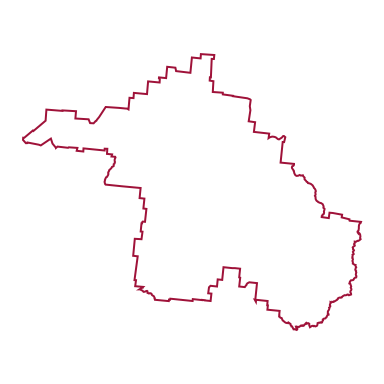 Barcaldine, Queensland, Australia
{"feature_id": "25037944B32668450975374", "entity_name": "Barcaldine", "entity_type": "district", "adm_level": 2, "iso_a3": "AUS", "parent_name": "Australia", "parent_adm1": "Queensland", "projection": "albers", "projection_center": [146.199, -23.052], "detail": "fine", "context": "isolated", "style": "outline", "palette": "rose", "viewbox_px": 384, "rotation_deg": 0, "n_neighbors": 0, "source": "geoboundaries", "source_scale": "gbopen_adm2", "svg_char_len": 6048}
<svg xmlns="http://www.w3.org/2000/svg" viewBox="0 0 384 384"><path d="M25.9,143.2L27.4,143.1L27.5,142.5L38.8,144.7L40.8,145.4L50.9,138.6L52.5,143.6L55.8,147.6L55.9,148.0L57.5,146.6L68.1,147.8L68.8,147.3L77.4,147.9L76.7,150.8L83.3,151.5L83.5,148.4L104.6,150.5L104.7,148.7L107.3,148.8L107.0,153.9L112.1,154.4L111.5,156.5L115.2,156.8L115.5,157.6L115.0,158.5L114.6,159.9L114.7,161.2L115.0,162.0L114.7,162.5L114.7,163.0L114.5,163.6L113.7,164.2L113.7,166.0L113.0,166.5L112.0,166.9L111.3,168.2L109.1,170.3L109.1,170.9L108.2,172.4L108.4,173.1L108.2,173.5L108.3,174.6L107.0,176.9L106.1,177.3L105.3,178.9L105.1,179.8L104.9,180.0L104.9,181.0L104.6,181.5L104.7,182.8L105.0,183.3L105.1,184.0L105.6,184.6L122.2,186.3L140.6,188.0L139.6,198.1L144.4,198.6L143.4,208.5L146.4,208.9L145.0,221.8L142.7,221.6L142.2,222.2L142.1,223.3L141.5,223.3L140.7,231.5L142.5,231.7L141.5,239.2L134.8,238.8L133.2,255.8L137.7,256.3L134.5,280.1L136.0,280.2L135.2,286.2L143.2,286.9L142.9,287.2L142.8,287.7L141.8,287.9L139.4,289.4L140.4,289.4L141.2,290.1L142.5,290.6L143.4,291.7L143.8,291.9L145.4,291.5L146.1,291.1L147.0,290.9L147.4,291.2L147.4,291.9L147.6,292.2L147.5,292.9L148.9,293.5L149.3,293.2L150.8,293.5L150.9,293.4L151.7,294.1L151.9,294.9L152.2,295.2L153.9,296.3L154.4,297.4L154.5,298.4L154.8,298.4L155.0,299.8L168.8,301.1L169.0,299.6L170.1,299.7L170.3,298.7L192.6,301.0L192.8,299.1L202.1,300.1L202.1,299.9L204.8,300.2L204.8,300.4L210.6,301.0L211.4,293.6L208.2,293.3L209.0,287.3L210.5,285.8L217.0,286.5L217.7,279.4L222.2,279.9L223.5,267.2L232.0,268.1L234.6,268.1L240.1,268.7L239.2,277.4L240.2,277.7L239.2,286.5L244.8,287.1L245.9,285.5L246.4,285.1L246.6,284.3L247.4,283.3L249.3,282.3L257.0,283.1L255.3,299.7L254.7,299.6L255.9,301.8L256.1,299.8L267.6,301.0L267.2,305.3L267.9,305.4L267.4,309.7L279.6,310.9L279.2,315.0L279.4,315.2L279.1,316.4L279.2,316.7L279.9,317.1L280.5,317.8L281.6,318.0L282.7,320.5L283.3,320.8L284.5,321.9L285.6,322.7L287.1,323.1L288.4,322.4L288.6,322.6L288.7,323.2L289.4,323.2L289.6,323.5L290.4,323.8L290.7,325.2L291.3,325.7L291.4,326.4L292.1,326.5L292.3,326.8L293.2,328.7L293.8,329.0L293.8,329.3L294.9,329.3L295.1,329.2L296.3,329.9L296.8,329.4L297.2,329.5L297.4,328.9L297.0,328.0L296.7,327.9L296.7,327.7L296.0,327.0L295.9,326.6L296.6,326.5L297.9,327.1L299.1,326.7L299.4,326.8L300.7,325.7L301.0,325.9L301.8,325.9L301.5,325.5L302.1,325.3L303.0,325.4L303.3,325.8L303.7,325.7L304.0,325.5L304.6,324.4L305.7,324.1L305.7,323.4L306.3,322.8L307.1,323.5L307.4,323.2L308.5,323.2L309.3,323.9L309.2,325.1L310.0,327.2L311.6,326.1L312.7,325.8L313.7,326.2L313.9,325.9L314.3,325.9L315.5,326.4L316.8,325.9L317.4,324.9L317.6,323.1L319.1,322.6L319.5,322.8L320.0,322.7L320.3,322.4L320.6,322.3L321.2,322.7L322.1,322.4L322.2,321.5L323.1,320.3L323.2,319.5L323.0,319.3L324.0,318.6L325.4,318.4L326.0,317.6L326.5,317.3L326.6,316.8L327.5,315.1L328.6,314.7L328.5,314.0L327.8,313.5L327.9,311.3L328.8,310.0L329.4,308.6L329.1,307.6L329.8,307.1L330.3,306.4L330.2,305.6L329.9,305.4L329.9,304.5L330.5,303.2L330.5,302.1L331.3,302.5L332.0,302.1L332.1,301.8L333.0,302.0L333.6,301.9L334.0,301.3L334.5,301.4L337.1,299.8L337.1,299.6L337.9,299.0L337.9,298.4L339.1,297.7L340.1,297.5L340.4,297.7L341.2,297.6L341.6,297.2L341.8,297.3L342.6,296.3L344.5,295.2L345.5,295.3L346.5,295.1L347.3,294.5L348.0,294.5L348.6,295.2L349.1,295.2L351.1,294.5L351.0,293.3L350.6,292.9L350.3,292.0L350.5,291.0L351.1,290.3L351.4,289.6L351.3,288.7L350.7,287.7L351.2,286.5L350.3,283.8L349.4,283.6L349.3,283.3L349.8,282.8L349.9,281.6L350.2,281.4L350.8,280.4L353.0,280.1L353.7,279.5L353.9,278.7L355.2,277.6L355.8,277.4L356.2,277.4L356.4,276.5L356.4,276.0L356.0,275.3L355.8,274.3L356.3,272.4L355.9,271.7L356.1,271.0L355.4,270.1L355.3,269.4L355.6,268.9L355.6,268.1L356.2,267.3L355.3,265.4L355.5,265.0L354.5,264.7L352.8,263.6L352.9,262.2L352.4,260.9L352.9,259.7L352.9,259.0L352.3,258.1L352.3,257.6L352.6,257.2L352.4,256.7L352.7,255.5L352.5,254.8L353.7,254.0L352.9,251.9L354.0,250.4L353.9,250.1L353.2,249.6L353.0,249.1L353.1,248.6L352.7,247.4L353.4,246.6L354.7,245.8L354.8,245.3L354.0,244.1L354.1,243.9L354.7,243.3L354.7,241.6L355.9,241.8L357.5,240.8L358.2,240.9L359.5,240.2L360.6,239.1L360.2,238.7L360.1,237.9L360.4,236.7L360.2,234.8L359.7,233.6L359.0,233.0L358.9,232.9L358.5,233.6L357.7,232.5L357.5,231.8L357.6,231.4L358.5,230.5L358.9,228.0L358.8,227.2L359.0,225.1L359.8,223.4L360.6,223.0L361.0,221.9L349.6,220.7L349.3,219.9L349.4,219.3L341.7,217.4L342.1,214.7L332.8,213.0L329.5,212.7L328.8,218.1L321.7,217.1L321.8,216.0L322.4,215.6L322.6,214.6L323.6,214.2L323.9,213.5L324.1,212.8L323.9,211.6L324.5,209.4L324.5,208.7L323.4,207.8L323.6,206.3L322.7,204.2L321.1,203.1L320.4,203.0L318.2,202.1L317.9,201.6L316.7,200.9L315.8,199.5L315.5,198.0L315.6,197.0L314.9,195.8L315.6,194.7L315.3,192.2L315.8,191.4L315.7,190.5L315.0,189.0L313.9,187.8L313.8,187.3L312.6,185.3L310.8,183.9L309.5,183.4L308.0,183.1L307.4,182.0L307.0,182.0L306.4,181.5L306.1,180.9L304.6,179.4L304.5,179.0L304.6,177.6L303.2,176.2L302.9,175.3L300.9,175.6L299.7,175.0L298.2,175.7L296.7,175.9L295.8,175.5L295.1,174.8L294.3,173.2L293.8,170.7L293.5,170.6L293.5,170.3L292.1,168.3L291.9,167.4L292.2,166.3L293.4,165.8L294.0,164.8L294.0,163.9L280.6,162.6L282.7,142.0L284.1,142.1L285.3,137.2L283.9,136.0L283.1,136.1L281.8,137.6L279.0,139.4L277.9,139.1L275.7,137.3L274.1,136.8L272.2,136.6L271.1,136.9L269.6,137.4L268.6,138.1L269.2,133.6L253.9,131.9L255.1,122.2L248.7,121.3L250.4,110.2L249.8,106.2L250.7,100.0L250.0,99.3L247.4,98.3L232.9,96.2L233.0,95.8L222.8,94.4L222.8,92.7L212.8,92.0L213.4,81.2L209.7,80.6L209.9,77.3L210.9,77.4L211.7,58.9L213.9,59.0L214.3,55.0L200.9,54.1L200.6,58.4L191.9,57.5L190.4,72.8L176.1,71.1L175.4,67.7L167.2,66.8L166.1,78.1L159.0,77.4L158.9,78.3L159.8,79.3L159.6,82.5L148.1,81.4L147.0,94.1L133.9,92.9L133.5,98.1L129.5,97.8L128.5,109.4L127.0,108.5L126.4,108.6L119.1,107.9L105.7,107.0L99.1,117.1L96.8,119.9L96.5,120.6L95.5,121.4L95.4,121.3L93.6,123.3L90.1,123.1L88.6,119.3L75.4,118.5L76.0,111.2L62.5,110.4L62.5,110.9L46.4,109.6L45.6,120.7L33.4,131.0L32.9,130.5L24.2,137.8L23.2,137.7L23.0,139.9L25.9,143.2Z" fill="none" stroke="#9f1239" stroke-width="2"/></svg>